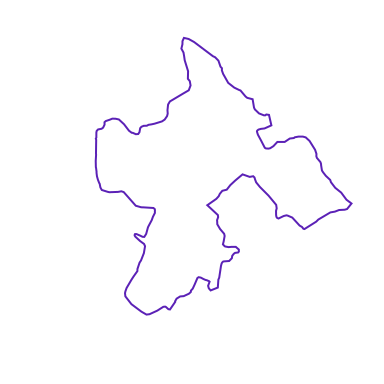 Cuilapa, Santa Rosa, Guatemala, rotated 317°
{"feature_id": "79465075B18848858610216", "entity_name": "Cuilapa", "entity_type": "district", "adm_level": 2, "iso_a3": "GTM", "parent_name": "Guatemala", "parent_adm1": "Santa Rosa", "projection": "natural_earth1", "projection_center": [-90.29, 14.248], "detail": "fine", "context": "isolated", "style": "outline", "palette": "violet", "viewbox_px": 384, "rotation_deg": 317, "n_neighbors": 0, "source": "geoboundaries", "source_scale": "gbopen_adm2", "svg_char_len": 3443}
<svg xmlns="http://www.w3.org/2000/svg" viewBox="0 0 384 384"><g transform="rotate(317 192 192)"><path d="M75.1,250.6L77.6,252.4L85.7,255.1L92.7,256.4L94.2,257.5L94.5,258.2L94.8,261.6L95.8,262.9L104.8,260.9L105.1,260.4L108.0,259.5L112.1,260.3L114.9,262.5L120.4,264.3L123.0,264.3L124.0,263.4L126.6,263.2L131.0,261.4L137.3,258.6L138.7,258.8L140.0,260.5L140.4,261.6L141.0,263.4L141.9,265.5L142.7,266.7L143.1,267.7L143.6,268.6L143.7,269.6L139.8,271.6L138.6,273.9L138.5,276.7L145.7,279.5L151.5,274.1L153.5,273.2L162.2,266.3L163.1,265.6L163.8,265.2L164.7,264.6L165.4,264.3L166.3,264.1L167.3,264.1L168.0,264.5L172.1,267.8L176.0,267.6L177.9,266.1L180.5,265.7L182.0,265.9L184.5,267.7L185.7,267.5L187.0,266.0L186.6,262.0L183.4,259.0L181.2,257.3L179.4,254.9L178.9,254.0L178.9,251.4L181.5,249.7L185.9,246.4L187.0,244.5L187.3,238.2L188.5,232.8L190.1,231.0L191.1,229.7L194.0,228.2L195.2,226.5L194.2,212.1L205.1,213.6L208.7,213.3L211.1,212.3L215.0,211.8L219.0,214.0L224.7,213.1L231.5,213.1L241.0,213.6L244.5,220.3L247.5,222.2L247.6,224.0L246.7,225.8L245.5,228.7L245.1,234.6L245.5,246.9L244.8,258.8L242.8,261.7L240.6,263.1L237.8,266.2L236.8,267.7L236.6,269.1L237.2,270.4L242.7,272.1L245.2,273.5L245.9,274.6L247.9,279.1L247.8,289.9L248.6,292.6L248.4,294.9L249.0,295.8L262.6,298.4L265.6,298.3L279.3,301.3L283.1,303.8L287.3,305.5L291.6,309.1L293.8,310.2L300.8,309.2L299.7,303.0L300.7,294.2L299.6,286.6L300.3,279.6L301.3,277.4L300.9,271.5L301.3,267.0L301.7,264.9L302.7,263.4L304.8,260.3L305.5,259.5L306.3,257.8L306.6,252.3L307.3,250.7L309.0,249.0L310.8,245.1L312.8,234.8L312.4,229.6L310.8,227.0L307.8,224.2L304.5,222.1L303.3,222.0L300.0,219.6L293.9,218.6L288.6,213.6L282.8,214.0L279.0,213.3L277.5,212.4L275.8,210.6L275.4,209.3L277.6,201.5L279.3,195.0L280.3,192.9L280.9,191.9L281.5,191.6L282.2,191.6L283.2,191.7L285.4,192.8L288.4,195.0L295.5,197.4L300.9,188.1L299.2,186.0L297.9,185.9L296.9,185.0L294.6,180.2L294.3,174.5L294.9,172.6L299.6,165.5L296.6,160.8L296.3,158.7L296.7,150.8L296.1,149.7L294.1,144.5L292.9,136.9L295.3,126.9L296.8,123.4L298.3,121.9L298.3,119.8L300.0,116.0L300.9,114.0L300.8,109.2L299.9,106.9L295.8,83.7L293.9,77.8L291.2,73.8L287.9,75.2L285.8,77.4L282.0,79.9L280.9,84.2L278.8,87.4L276.5,90.7L271.5,101.0L266.2,106.4L266.0,109.4L263.6,113.1L259.0,115.4L252.8,114.0L237.6,110.7L234.2,111.7L229.9,115.4L227.7,118.1L225.5,119.5L221.4,120.4L218.2,119.9L211.2,116.5L208.5,114.9L206.0,113.2L204.1,112.7L201.9,110.7L199.5,109.8L197.6,110.0L194.4,112.4L192.2,112.9L190.3,111.4L190.0,110.6L189.0,108.3L188.3,107.5L187.7,104.2L188.5,96.1L188.0,89.1L186.0,86.2L183.7,84.0L181.3,83.1L177.3,81.3L175.6,81.3L174.0,83.1L170.9,84.3L169.0,84.1L166.0,82.2L164.0,82.3L162.7,83.2L159.1,87.0L158.0,87.4L157.6,88.4L150.3,96.0L148.0,98.4L147.3,99.3L142.7,103.7L138.6,108.3L138.3,108.9L136.0,112.1L135.3,112.8L133.2,115.7L131.6,118.8L130.3,122.0L130.1,123.0L128.1,126.2L127.4,129.0L130.4,134.3L131.4,135.8L138.0,141.5L140.8,143.3L142.0,145.5L141.5,163.7L144.4,168.5L146.1,170.2L152.9,177.4L153.1,179.1L152.6,179.9L151.5,181.0L150.6,182.0L146.5,183.5L143.4,185.1L137.0,187.3L135.7,187.8L129.9,191.4L126.5,192.3L125.6,191.4L125.2,190.9L124.4,188.7L122.7,184.9L122.0,184.2L121.5,183.9L120.6,184.4L120.3,185.0L120.1,186.2L120.6,192.6L121.5,197.3L120.7,199.6L115.1,203.9L108.0,207.3L105.5,207.9L99.6,211.1L98.1,212.6L91.8,213.9L87.8,214.9L78.7,217.6L75.6,219.2L74.0,220.3L72.1,222.9L71.2,232.7L73.4,245.0L75.1,250.6Z" fill="none" stroke="#5b21b6" stroke-width="2"/></g></svg>